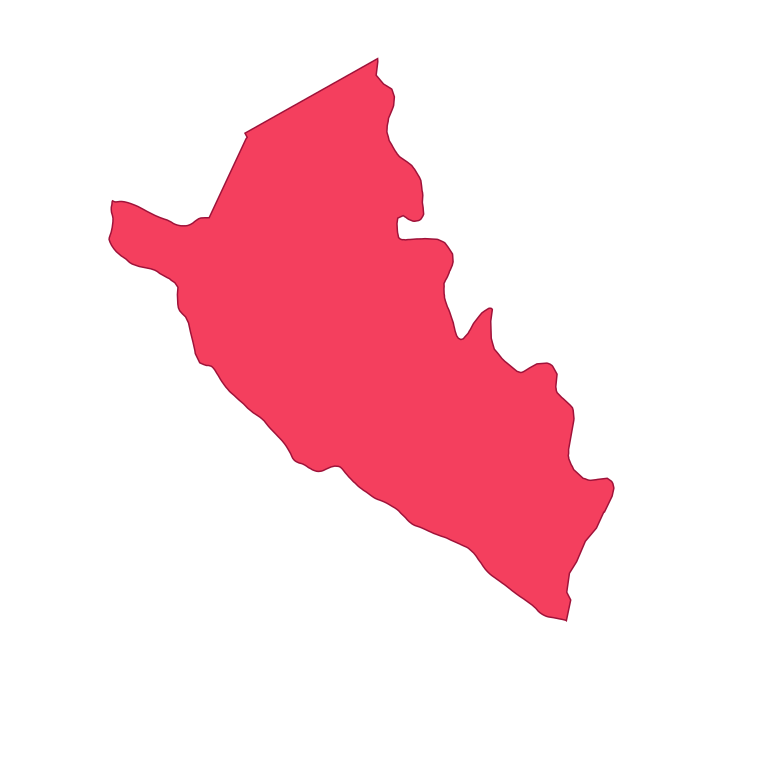 Catin, Laborie, Saint Lucia (Mercator projection), rotated 149°
{"feature_id": "8701671B96536961646106", "entity_name": "Catin", "entity_type": "district", "adm_level": 2, "iso_a3": "LCA", "parent_name": "Saint Lucia", "parent_adm1": "Laborie", "projection": "mercator", "projection_center": [-60.98, 13.778], "detail": "fine", "context": "isolated", "style": "filled", "palette": "rose", "viewbox_px": 768, "rotation_deg": 149, "n_neighbors": 0, "source": "geoboundaries", "source_scale": "gbopen_adm2", "svg_char_len": 5909}
<svg xmlns="http://www.w3.org/2000/svg" viewBox="0 0 768 768"><g transform="rotate(149 384 384)"><path d="M374.0,670.6L374.2,665.9L376.0,665.2L448.2,616.6L450.2,617.7L451.8,618.7L453.2,619.4L455.4,620.6L457.7,621.1L460.0,621.0L462.5,620.8L464.9,620.4L467.1,620.4L468.4,620.5L470.8,621.0L472.5,621.7L474.7,623.0L476.6,624.2L477.5,625.0L478.4,625.8L479.6,627.0L480.9,628.6L481.9,630.1L483.1,632.6L485.4,636.2L487.5,638.6L490.5,642.3L493.4,646.3L495.8,650.1L498.3,654.1L500.6,658.1L503.5,662.9L505.6,665.8L508.2,669.1L510.3,671.5L512.4,673.6L513.6,674.6L514.9,675.6L516.4,676.5L518.0,677.2L520.2,678.2L521.4,679.3L522.3,680.8L522.9,680.5L523.5,679.8L524.7,678.1L526.7,676.0L527.9,674.1L529.1,671.6L530.0,668.2L530.9,665.7L532.7,662.8L536.4,658.1L539.7,654.6L542.7,652.1L544.1,650.9L545.2,649.5L545.8,646.7L546.1,643.1L545.9,639.1L545.3,635.3L543.3,629.2L540.9,624.2L539.5,619.3L538.1,616.6L534.4,612.1L533.3,610.8L528.0,606.0L524.5,602.8L521.8,599.6L520.4,597.2L519.3,594.3L515.0,586.8L513.6,584.7L513.0,582.6L511.1,578.6L510.8,573.0L515.0,567.1L519.6,558.6L521.0,555.2L521.4,552.0L520.7,548.2L519.5,543.7L520.1,537.0L523.1,528.2L526.2,518.1L528.8,510.3L530.1,507.2L531.0,497.1L530.2,495.9L529.7,495.2L528.4,493.4L526.6,491.3L524.8,490.2L522.8,488.1L522.2,486.2L521.8,483.4L521.8,479.1L521.7,476.4L521.8,472.0L521.7,469.4L521.4,465.5L521.1,462.5L520.7,460.6L520.2,457.2L519.6,455.2L518.3,451.3L517.6,448.7L516.5,444.9L515.7,442.6L514.6,439.3L513.3,433.5L510.9,426.7L508.6,422.0L507.3,419.2L505.7,414.2L505.4,411.5L504.8,407.1L504.2,404.0L502.8,398.0L501.7,393.0L500.9,389.5L500.5,387.5L500.0,383.7L499.8,380.9L499.8,376.6L499.9,372.3L500.3,369.5L500.5,367.2L500.1,364.6L499.2,362.6L497.5,360.1L496.3,358.9L495.5,358.1L494.8,357.2L493.5,355.1L492.6,353.3L491.8,351.3L490.6,349.4L489.6,347.4L488.3,345.7L486.8,344.0L485.4,342.9L484.2,342.3L482.3,341.5L480.3,341.1L477.7,340.9L472.2,340.2L468.5,339.0L467.2,338.1L466.8,337.8L465.5,336.9L464.2,335.2L463.5,332.7L463.2,330.4L462.9,327.8L462.4,325.2L462.0,322.5L461.4,320.1L460.5,315.9L459.8,314.0L459.2,311.5L458.8,309.9L458.1,307.9L457.0,305.3L456.4,303.7L454.8,300.5L453.8,298.1L452.8,295.6L452.0,293.7L450.9,291.4L450.2,290.2L448.7,288.1L447.8,287.1L446.0,284.8L444.6,282.9L443.1,280.6L441.9,278.5L440.8,276.4L439.9,274.7L438.6,272.4L437.5,270.0L436.7,267.7L436.1,264.5L434.4,258.3L434.0,255.8L433.6,254.1L433.2,252.7L432.5,250.9L432.2,250.0L431.2,248.1L430.2,246.6L428.9,245.1L427.0,242.9L425.3,240.6L423.3,237.7L421.4,234.8L420.1,233.0L418.3,230.3L416.8,228.5L415.3,226.6L413.4,224.2L411.1,221.6L409.7,219.9L408.8,218.5L407.3,216.1L403.2,210.3L398.8,203.8L397.2,201.6L396.3,199.9L395.8,198.4L395.2,196.5L394.6,194.4L394.2,193.2L393.9,191.1L393.6,188.6L393.5,185.0L393.0,180.4L392.9,176.6L392.7,174.9L392.6,173.4L392.2,171.1L391.7,168.9L391.1,166.7L390.3,164.4L389.0,161.4L387.4,157.7L386.2,155.0L385.2,152.5L384.3,150.6L383.4,148.4L382.2,145.2L380.6,140.8L378.7,136.1L376.9,131.9L375.0,128.0L374.3,126.3L373.3,124.0L372.6,122.3L372.1,121.2L371.4,119.5L370.8,118.1L370.2,116.1L369.8,114.8L369.4,113.6L369.0,111.2L368.8,109.8L368.1,107.6L367.2,105.6L366.4,104.1L365.7,103.0L364.6,101.4L363.6,100.3L362.7,99.4L361.2,98.2L360.5,97.6L358.8,96.2L358.2,95.6L356.5,94.1L354.8,92.5L352.4,90.4L349.9,87.9L349.6,87.2L335.2,102.7L334.6,111.4L322.5,126.3L310.4,132.5L292.4,145.5L276.1,151.1L261.6,161.0L261.0,160.7L256.7,163.5L246.2,170.4L240.8,176.1L240.5,176.6L240.3,177.1L239.1,180.8L239.0,182.7L239.2,183.7L241.2,188.2L250.5,192.4L251.2,192.6L256.3,194.9L256.8,195.2L258.0,196.1L259.0,197.2L260.4,199.1L261.9,200.6L265.5,212.9L265.1,216.3L265.1,218.6L264.2,224.2L264.1,224.9L263.7,225.5L262.9,227.8L261.5,229.4L259.5,232.8L240.2,254.9L239.0,256.5L235.4,264.0L234.7,266.6L235.3,269.9L237.9,279.0L238.6,280.9L239.0,282.7L239.3,284.0L240.1,287.5L239.7,289.6L238.7,291.8L238.3,293.0L230.6,303.3L230.4,309.0L230.3,312.2L230.5,313.4L230.8,314.0L231.4,315.4L232.8,317.2L233.6,318.0L242.6,322.5L250.9,322.8L251.4,322.8L254.6,322.7L257.7,322.7L259.6,322.9L261.0,323.5L262.9,325.7L263.5,326.4L267.9,338.9L268.7,341.0L268.9,341.7L269.8,345.1L270.5,350.9L271.5,357.1L270.3,361.7L269.9,363.2L268.5,368.0L260.2,382.8L252.8,392.0L252.8,392.8L253.2,393.7L254.3,394.5L255.3,394.9L260.1,394.8L263.6,394.5L267.0,393.3L275.3,390.1L276.4,389.6L282.0,386.2L283.5,385.5L285.8,384.1L290.8,382.6L292.7,381.9L295.2,382.5L296.7,384.9L296.9,388.0L296.7,388.7L295.8,392.7L294.6,396.3L294.3,397.4L293.1,400.8L292.0,405.9L290.8,411.2L290.2,414.5L289.9,417.6L288.6,423.6L288.2,424.9L287.8,426.6L286.6,428.8L286.0,430.4L283.6,434.7L282.2,436.7L280.8,439.3L278.8,440.6L278.0,441.2L275.6,442.5L274.2,443.4L270.9,445.8L269.7,447.0L269.1,447.2L268.5,447.6L264.1,450.8L263.6,451.4L261.9,453.1L259.0,458.7L258.3,460.2L258.4,463.8L258.6,468.5L259.1,473.4L259.3,474.0L260.3,475.7L263.3,480.0L264.0,480.7L274.0,487.5L276.8,488.9L281.5,491.6L287.2,494.4L288.9,495.4L291.5,496.5L292.5,497.4L293.7,498.1L294.2,498.4L294.6,498.9L295.1,499.4L295.5,500.1L295.9,501.5L296.1,502.0L295.4,503.8L294.4,506.8L294.0,507.6L293.8,508.1L290.7,514.0L290.4,514.6L290.1,515.0L286.8,519.1L284.0,518.8L283.1,518.7L280.8,518.4L280.0,516.6L279.3,515.4L278.9,514.2L278.2,512.6L275.3,508.7L274.2,507.9L273.6,507.6L270.2,506.3L269.3,506.2L268.4,506.2L267.2,506.4L264.1,508.0L262.5,509.2L261.3,511.7L259.6,515.1L258.0,519.0L257.5,520.1L253.6,525.7L252.4,528.2L251.8,530.1L249.7,534.6L247.6,539.5L247.2,542.8L247.2,552.4L247.4,553.5L247.7,557.0L249.7,562.2L250.9,564.8L253.4,570.3L253.9,572.2L254.0,573.5L254.2,574.0L254.2,575.8L254.4,578.2L254.3,583.4L254.2,584.5L254.2,590.0L253.0,593.7L252.3,596.5L251.7,598.6L249.9,601.2L248.3,603.6L246.6,605.5L245.3,606.8L243.2,609.5L240.3,611.6L237.7,613.5L237.3,613.8L236.6,614.3L233.5,616.7L232.6,617.5L232.2,617.9L229.3,621.9L227.2,624.8L225.6,631.8L225.5,632.9L229.9,641.4L230.0,642.1L231.7,652.7L223.3,663.5L221.9,666.2L374.0,670.6Z" fill="#f43f5e" stroke="#9f1239" stroke-width="1.5"/></g></svg>